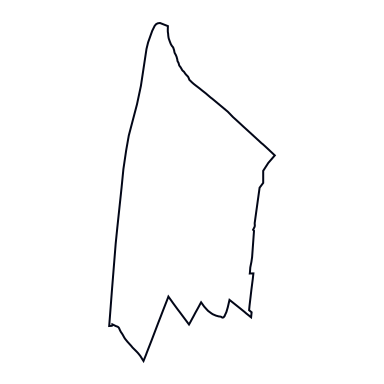 An Minh, Kiên Giang, Vietnam (Equal Earth projection)
{"feature_id": "81297802B42244354568951", "entity_name": "An Minh", "entity_type": "district", "adm_level": 2, "iso_a3": "VNM", "parent_name": "Vietnam", "parent_adm1": "Kiên Giang", "projection": "equal_earth", "projection_center": [104.944, 9.672], "detail": "fine", "context": "isolated", "style": "outline", "palette": "ink", "viewbox_px": 384, "rotation_deg": 0, "n_neighbors": 0, "source": "geoboundaries", "source_scale": "gbopen_adm2", "svg_char_len": 2916}
<svg xmlns="http://www.w3.org/2000/svg" viewBox="0 0 384 384"><path d="M167.9,26.1L160.0,23.0L157.8,23.3L156.2,24.1L154.7,25.8L152.2,30.9L148.1,42.4L146.5,48.9L140.9,85.9L137.0,104.3L128.8,135.5L126.2,150.2L123.4,169.1L121.6,187.3L120.8,194.9L117.3,227.7L115.7,243.5L112.0,289.5L109.2,326.0L110.8,325.9L111.7,325.8L112.2,325.6L112.3,325.5L112.4,325.3L112.4,324.5L112.4,324.4L113.9,325.1L115.7,326.0L117.0,326.5L117.6,326.7L118.2,327.1L118.6,327.5L119.1,328.2L119.9,330.1L121.0,332.2L121.9,333.4L123.0,335.2L123.3,335.8L124.3,337.6L125.0,338.7L126.2,340.2L127.5,341.8L131.3,346.0L132.5,347.5L137.0,352.0L138.1,353.2L140.2,355.8L141.1,357.2L141.6,358.0L142.2,359.0L143.5,361.0L145.4,356.3L146.0,354.8L146.8,352.6L151.5,340.6L153.7,334.8L158.3,322.7L160.6,316.8L162.9,310.8L167.7,298.5L168.4,296.6L171.5,300.9L172.9,302.9L177.9,309.7L179.6,311.9L183.1,316.6L189.0,324.5L189.7,323.3L192.4,318.3L193.4,316.5L195.4,312.7L197.3,309.3L198.9,306.4L200.7,303.0L201.1,302.3L204.1,306.5L206.6,309.3L208.1,310.9L211.6,313.5L212.9,314.3L215.9,315.6L218.7,316.4L220.4,316.6L221.3,316.9L221.7,317.2L222.1,317.5L222.5,317.6L222.9,317.6L223.2,317.4L223.7,317.2L224.0,316.7L224.6,316.1L224.7,315.7L226.4,312.0L227.8,307.2L229.5,299.9L231.9,301.8L240.3,308.5L244.5,311.9L245.4,312.7L246.2,313.4L249.0,315.6L250.3,316.7L251.1,317.3L251.6,312.3L249.1,310.2L249.5,306.0L251.4,289.7L252.8,278.8L253.4,273.4L249.8,273.5L249.9,272.8L250.3,267.4L251.4,261.9L252.1,257.2L253.5,237.8L254.0,230.8L253.1,229.8L253.5,229.0L254.6,226.8L254.7,226.3L254.8,225.8L254.8,225.0L254.8,224.7L254.7,224.2L254.7,223.8L254.7,223.0L256.3,211.4L259.6,187.7L263.2,182.9L263.2,170.8L268.3,162.9L274.8,155.4L269.8,150.7L269.1,150.0L262.8,144.2L261.5,143.2L255.0,137.2L248.1,130.9L243.7,126.9L240.7,124.1L238.3,121.9L232.9,117.0L227.8,111.7L226.6,110.7L221.8,106.7L217.0,102.7L212.2,98.7L210.6,97.5L207.1,94.5L206.2,93.7L205.2,92.9L202.0,90.4L199.8,88.6L196.8,86.3L195.6,85.4L193.7,83.9L191.9,82.3L190.2,80.6L189.5,80.0L189.4,79.8L189.3,79.6L189.2,79.4L189.1,79.1L188.8,78.3L188.3,77.2L188.1,76.8L187.9,76.5L187.7,76.4L187.2,75.8L186.7,75.3L186.1,74.7L185.7,74.2L185.2,73.6L184.4,72.4L184.0,71.8L183.7,71.5L183.3,71.2L182.8,70.8L182.3,70.2L182.0,69.8L181.7,69.2L181.4,68.6L180.7,67.5L180.5,67.1L179.9,66.4L179.6,66.0L179.3,65.5L179.1,65.1L179.0,64.6L178.9,64.1L178.7,63.6L178.6,63.2L178.5,62.8L178.3,62.5L178.0,61.9L177.7,61.5L177.6,61.2L177.5,60.9L177.4,60.3L177.3,59.6L177.2,59.0L177.0,58.5L176.8,57.6L176.5,56.6L176.2,55.9L176.0,55.5L175.9,55.1L175.7,54.8L175.4,54.2L174.9,53.4L174.6,52.7L174.4,51.9L174.1,50.3L173.8,49.3L173.5,48.5L173.4,48.0L173.1,47.5L172.9,47.1L172.7,46.8L172.4,46.5L171.9,45.9L171.5,45.3L171.2,44.7L170.9,44.2L170.6,43.6L170.4,43.0L169.8,41.5L169.1,39.5L168.8,38.7L168.6,37.9L168.5,37.3L168.4,36.6L168.3,36.0L168.2,34.8L168.1,33.5L167.9,32.4L167.8,31.3L167.8,30.1L167.8,29.3L167.9,26.1Z" fill="none" stroke="#020617" stroke-width="2"/></svg>